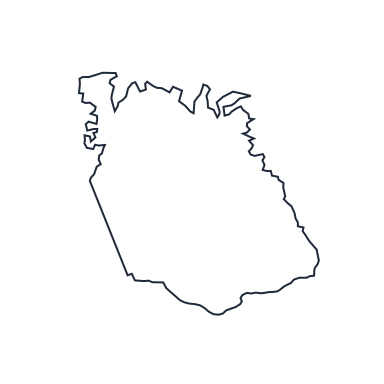 Santo Antônio do Sudoeste, Paraná, Brazil, rotated 288°
{"feature_id": "56859067B76158301560942", "entity_name": "Santo Antônio do Sudoeste", "entity_type": "district", "adm_level": 2, "iso_a3": "BRA", "parent_name": "Brazil", "parent_adm1": "Paraná", "projection": "equal_earth", "projection_center": [-53.606, -26.065], "detail": "fine", "context": "isolated", "style": "outline", "palette": "slate", "viewbox_px": 384, "rotation_deg": 288, "n_neighbors": 0, "source": "geoboundaries", "source_scale": "gbopen_adm2", "svg_char_len": 2482}
<svg xmlns="http://www.w3.org/2000/svg" viewBox="0 0 384 384"><g transform="rotate(288 192 192)"><path d="M251.1,54.0L252.0,58.2L244.0,59.6L243.8,63.2L245.4,67.4L243.1,74.1L239.3,74.4L235.1,71.4L235.1,78.0L232.6,79.2L227.2,80.1L227.0,72.0L223.6,70.0L218.1,73.4L221.5,79.0L222.7,82.4L219.7,83.0L217.6,80.0L214.0,83.3L208.8,80.2L213.3,77.8L212.7,72.3L208.8,74.0L205.1,74.6L201.5,78.4L202.3,84.8L207.0,85.2L207.4,89.0L209.8,94.6L206.1,94.2L200.9,94.4L198.0,92.5L194.0,93.2L190.2,96.6L186.7,93.6L178.7,93.4L174.4,91.4L171.0,91.4L138.4,118.6L92.9,156.5L95.6,160.0L90.3,165.0L91.4,169.6L92.3,173.4L94.2,178.0L94.0,182.6L95.3,186.6L97.1,192.6L92.7,197.2L90.5,202.0L87.9,208.2L85.4,214.0L84.7,218.8L85.0,223.6L86.2,229.2L86.7,234.6L85.4,240.2L83.4,244.8L82.4,250.4L83.7,255.6L86.0,258.9L90.1,261.2L93.0,265.0L96.1,269.0L100.1,272.4L103.4,273.2L106.0,271.0L109.3,271.6L112.9,275.2L113.9,280.0L116.0,283.6L116.9,288.6L118.5,292.2L120.5,295.9L121.9,299.8L124.0,304.0L126.4,306.0L130.4,308.6L133.6,311.6L136.0,314.2L140.2,316.0L143.8,320.8L144.7,324.2L146.0,327.6L148.2,329.8L150.2,334.0L154.1,332.8L157.1,332.2L162.6,333.8L166.1,333.8L171.3,330.8L175.8,328.3L181.0,319.5L183.4,316.4L186.0,313.4L188.9,309.4L192.7,309.0L192.1,303.3L195.9,302.0L198.8,298.7L203.7,296.0L209.2,291.0L210.8,286.8L213.6,281.4L216.7,282.0L224.5,277.4L228.9,276.2L230.3,270.6L233.0,269.0L232.3,263.0L236.4,260.4L235.1,256.8L234.8,252.4L240.1,252.6L243.9,249.2L247.6,250.1L249.9,247.6L245.7,240.4L245.7,236.4L248.2,233.5L252.1,235.2L255.4,235.6L258.4,230.4L262.0,234.4L262.4,229.2L263.3,222.6L265.5,225.8L269.3,227.8L271.6,223.8L274.6,223.2L280.3,228.0L279.6,223.6L283.8,221.4L285.7,215.4L288.5,212.0L285.7,208.8L280.3,204.6L277.5,203.5L274.7,199.4L282.7,195.6L286.7,202.8L289.5,205.0L295.6,208.4L301.6,218.3L300.9,207.8L300.1,200.0L292.0,192.0L284.8,187.8L277.4,193.2L274.7,194.0L270.8,193.0L276.9,187.2L277.2,181.2L283.2,178.8L287.9,176.0L292.4,176.8L295.2,177.4L297.6,173.8L297.7,169.6L294.4,169.8L287.4,169.6L283.2,167.8L278.8,166.4L267.4,169.2L268.1,165.4L271.9,159.0L274.3,151.6L285.3,151.2L286.2,141.4L279.8,139.9L281.4,131.4L280.2,126.0L280.9,122.0L283.0,115.2L280.4,114.0L275.2,116.5L271.5,111.6L278.9,104.2L277.1,101.6L270.8,99.2L262.6,99.8L258.4,97.8L254.2,94.4L250.8,94.8L245.0,93.6L251.4,89.3L255.9,86.5L259.1,85.8L268.2,85.2L270.0,80.0L273.4,79.8L278.9,84.7L281.5,82.6L277.8,70.2L273.4,64.0L269.6,58.6L267.5,52.4L265.0,50.0L260.1,52.0L251.1,54.0Z" fill="none" stroke="#1e293b" stroke-width="2"/></g></svg>